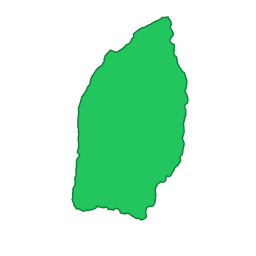 Barbosa, Santander, Colombia (Albers equal-area conic projection), rotated 339°
{"feature_id": "7082276B35753389183496", "entity_name": "Barbosa", "entity_type": "district", "adm_level": 2, "iso_a3": "COL", "parent_name": "Colombia", "parent_adm1": "Santander", "projection": "albers", "projection_center": [-73.619, 5.955], "detail": "fine", "context": "isolated", "style": "filled", "palette": "green", "viewbox_px": 256, "rotation_deg": 339, "n_neighbors": 0, "source": "geoboundaries", "source_scale": "gbopen_adm2", "svg_char_len": 5158}
<svg xmlns="http://www.w3.org/2000/svg" viewBox="0 0 256 256"><g transform="rotate(339 128 128)"><path d="M194.7,118.2L194.7,117.6L194.4,116.3L194.3,115.2L194.4,114.4L194.7,113.6L195.0,112.9L195.7,112.3L196.3,111.8L196.7,111.1L197.6,109.4L198.9,107.3L199.6,105.8L199.9,104.3L200.0,103.1L200.1,101.3L200.3,98.9L200.4,97.0L200.1,96.2L199.6,95.6L199.0,94.5L198.7,93.3L198.7,92.8L198.5,91.6L198.2,90.8L197.8,89.7L197.7,88.9L197.6,87.5L197.5,85.9L197.5,84.5L198.0,82.9L198.5,80.8L198.6,79.3L198.5,78.4L198.0,77.8L197.6,77.0L197.4,75.8L197.3,74.9L197.7,73.9L198.1,73.2L198.8,72.4L199.3,71.3L199.9,69.6L200.6,67.8L201.1,66.9L200.7,66.2L199.9,65.8L199.0,64.2L198.4,63.3L198.2,62.3L198.3,61.5L198.7,60.6L200.0,59.7L201.5,58.7L202.7,58.0L203.6,57.2L204.3,56.2L204.3,54.8L204.0,53.3L203.5,51.0L203.4,49.5L203.9,48.6L204.7,47.8L205.6,46.3L206.0,45.2L206.0,44.1L205.9,42.5L205.3,40.5L205.0,39.4L205.2,38.9L203.7,38.2L203.0,38.2L202.3,38.4L201.6,38.0L201.0,37.5L200.4,37.3L199.7,37.3L198.5,37.5L197.6,37.8L196.1,38.0L194.8,38.2L193.1,38.3L190.9,38.4L188.1,38.8L186.3,39.3L183.8,39.3L182.5,39.4L181.3,39.6L180.5,39.8L179.0,40.1L178.1,39.8L176.5,39.5L175.2,39.8L173.6,40.0L172.3,40.4L170.5,41.0L168.8,41.5L167.1,42.2L166.5,42.9L166.4,43.7L166.2,44.4L165.8,45.0L164.7,45.5L163.9,45.8L163.0,46.7L162.1,47.7L161.2,48.5L160.5,49.1L159.6,49.5L158.8,49.6L157.6,49.6L156.4,49.8L155.4,50.2L153.8,50.9L152.9,51.4L151.5,51.9L149.9,52.3L148.7,52.4L147.6,52.6L146.8,52.9L145.5,53.2L144.2,53.2L143.0,52.2L141.3,50.7L140.2,49.7L139.7,49.2L138.6,49.4L137.4,50.0L136.1,50.6L134.6,51.4L132.7,52.4L131.7,53.7L130.7,54.7L130.2,55.7L130.0,56.8L129.3,57.7L128.1,58.1L127.4,59.1L126.8,59.9L125.9,60.2L124.4,60.6L122.9,60.7L121.6,61.2L120.5,61.9L119.4,62.3L118.6,62.8L117.3,63.9L115.6,65.1L112.8,67.0L111.2,68.6L109.7,70.8L108.5,72.8L108.0,73.6L107.1,74.0L105.6,74.9L104.3,75.9L103.6,76.8L102.3,78.1L100.4,79.5L98.9,80.6L97.8,81.3L96.6,82.1L96.0,82.5L94.6,84.5L92.6,87.2L91.2,89.0L89.4,91.0L88.6,92.5L87.1,96.8L86.1,98.9L85.7,99.9L84.8,101.3L84.2,102.6L83.8,103.3L83.2,105.2L82.6,106.5L82.2,107.7L81.7,108.6L81.7,109.5L81.4,111.7L80.9,112.7L80.1,113.8L80.2,115.1L79.8,116.5L78.9,118.0L77.9,119.5L77.2,121.7L76.7,123.7L75.7,126.6L74.7,128.8L73.5,130.4L72.8,131.3L72.1,132.2L72.1,132.5L72.4,134.0L73.2,135.4L72.9,136.0L72.2,136.9L71.0,137.9L69.4,138.6L68.4,139.7L67.6,141.6L66.9,143.6L66.4,144.8L65.8,145.9L65.2,147.2L64.6,148.2L64.0,149.6L63.5,151.1L63.0,152.2L62.7,153.1L62.4,154.1L61.8,154.5L61.2,155.1L60.5,155.5L60.2,156.4L59.9,157.1L59.7,158.4L59.3,159.5L58.8,160.7L58.4,162.0L57.4,162.8L56.7,163.4L55.7,164.3L54.7,165.2L54.4,166.5L52.7,169.7L51.8,172.6L51.0,173.8L50.4,174.4L50.2,175.5L50.1,176.6L50.3,178.0L50.2,179.3L50.0,180.2L50.0,181.1L50.3,182.5L50.7,183.7L50.7,184.7L51.2,185.1L53.2,185.9L54.6,187.7L56.7,189.8L58.7,189.8L59.5,189.9L62.1,190.7L64.4,191.2L67.1,191.2L68.8,191.2L70.5,190.8L71.3,190.1L72.1,190.6L73.5,191.8L75.3,193.0L77.4,193.8L79.4,194.1L80.4,195.3L80.4,196.9L81.8,196.9L82.8,198.0L85.1,199.5L86.6,198.5L88.6,199.1L90.0,200.3L90.7,202.2L90.5,203.9L90.9,204.9L92.5,205.7L93.3,206.5L94.8,207.2L97.0,207.2L98.2,208.2L99.7,210.6L101.1,212.6L102.2,214.2L103.6,215.6L105.3,216.0L106.3,216.6L106.7,217.9L106.8,218.2L107.8,218.5L109.7,218.7L110.8,218.6L112.2,218.2L113.0,217.6L113.5,217.0L113.8,216.1L113.9,215.1L114.0,213.9L114.3,213.1L114.9,211.8L115.2,211.4L115.9,210.5L116.7,209.5L117.6,209.0L118.2,208.8L119.0,208.7L120.1,208.9L121.0,209.4L122.0,209.8L122.9,209.7L124.3,209.1L125.3,208.2L126.5,207.1L126.8,206.5L127.4,205.0L127.5,204.9L127.6,205.0L128.1,204.0L128.8,202.6L129.0,202.3L129.5,201.3L129.6,201.1L130.0,200.2L130.9,196.4L131.2,195.3L131.4,195.2L132.5,193.7L133.8,192.4L134.7,191.7L135.1,191.4L136.1,190.7L136.3,190.7L138.8,190.0L139.6,190.4L141.0,191.0L142.3,191.2L143.4,191.0L144.7,190.1L145.2,188.9L146.2,187.3L146.4,187.1L146.6,187.0L146.8,186.8L147.0,186.8L147.5,187.0L147.8,187.2L148.5,187.9L149.4,188.1L150.1,188.0L151.4,187.3L151.5,187.2L152.5,186.3L153.8,185.2L155.5,184.0L156.2,183.0L156.2,182.9L156.3,182.8L156.4,182.7L156.6,182.7L156.9,182.5L157.5,182.0L157.9,181.8L159.1,181.2L159.7,181.1L159.8,181.1L160.0,181.0L161.0,180.6L161.6,180.3L161.8,180.1L162.8,179.3L164.3,178.4L164.6,178.2L165.4,177.4L165.5,176.8L165.6,176.3L165.8,174.9L166.3,173.5L167.3,173.0L168.6,172.4L169.1,171.8L169.2,171.7L169.3,171.6L169.4,171.4L169.5,171.4L169.6,171.2L169.9,170.9L170.0,170.7L170.3,170.4L170.4,170.2L170.5,170.2L170.6,169.9L170.7,169.7L170.8,169.5L170.8,169.3L170.9,169.2L171.0,169.0L171.0,168.9L171.1,168.6L171.2,168.4L171.3,168.3L172.5,166.3L173.9,164.4L174.1,164.0L174.4,163.4L174.5,163.4L174.6,163.2L174.8,162.6L174.9,162.1L175.0,160.5L174.9,158.5L175.0,157.3L175.7,156.2L176.9,154.5L178.3,152.9L179.0,151.7L179.4,150.5L180.0,148.5L180.6,146.5L181.1,144.8L181.5,143.3L182.2,142.6L182.8,141.7L183.4,140.8L184.1,139.8L184.8,138.8L185.4,138.0L186.5,136.7L187.0,135.8L187.4,134.3L188.0,133.1L188.2,132.7L188.4,131.6L188.3,130.0L188.5,128.3L188.9,127.7L189.5,127.0L190.2,126.5L190.9,126.4L191.8,126.0L192.4,125.8L193.0,125.2L193.5,124.3L194.4,121.8L194.5,121.2L194.7,119.9L194.7,118.6L194.7,118.2Z" fill="#22c55e" stroke="#15803d" stroke-width="1.5"/></g></svg>